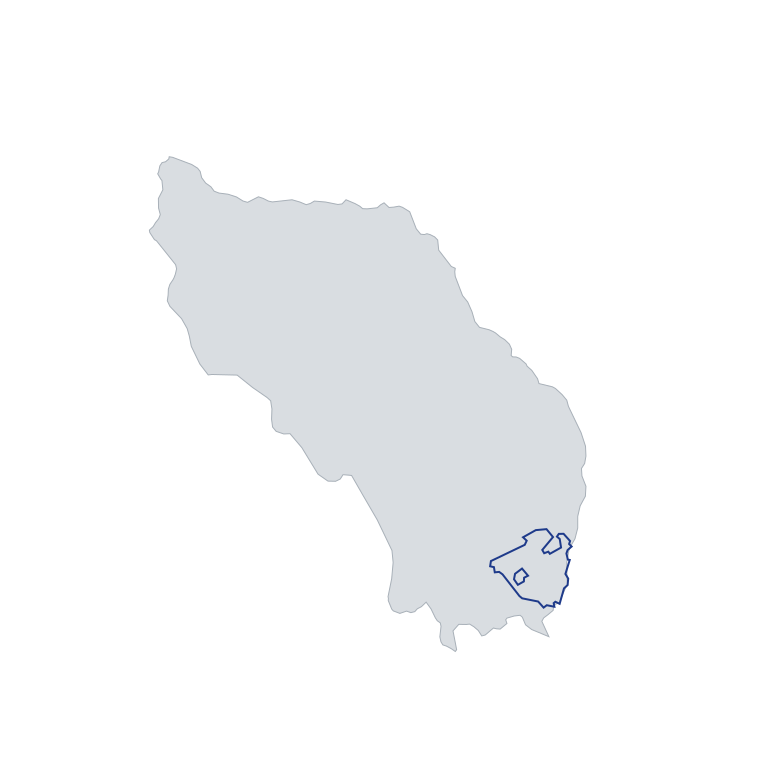 Hungary, with Zala highlighted, rotated 243°
{"feature_id": "HUN-3159", "entity_name": "Zala", "entity_type": "County", "adm_level": 1, "iso_a3": "HUN", "parent_name": "Hungary", "parent_adm1": "", "projection": "robinson", "projection_center": [16.808, 46.674], "detail": "coarse", "context": "in_parent", "style": "outline", "palette": "blue", "viewbox_px": 768, "rotation_deg": 243, "n_neighbors": 0, "source": "natural_earth", "source_scale": "10m", "svg_char_len": 3395}
<svg xmlns="http://www.w3.org/2000/svg" viewBox="0 0 768 768"><g transform="rotate(243 384 384)"><path d="M616.8,245.0L625.2,244.1L625.6,244.2L627.6,244.8L629.1,249.9L629.3,250.2L631.5,253.7L633.5,258.2L636.5,261.6L643.1,263.0L651.7,267.2L657.4,275.1L665.8,278.4L666.4,278.5L668.0,278.1L674.0,277.8L675.2,279.4L680.1,283.3L682.0,286.7L681.2,290.3L682.2,294.4L684.0,295.8L681.9,298.6L666.9,312.3L660.9,315.9L656.9,316.7L650.6,315.2L644.0,316.3L638.3,319.3L632.9,320.2L629.0,323.7L623.9,331.2L617.6,337.5L611.1,341.4L607.8,344.9L607.8,357.1L604.2,360.6L599.4,364.1L596.9,367.2L589.9,385.7L584.4,391.6L579.1,396.1L578.3,400.3L578.6,405.0L572.7,414.5L564.9,424.4L563.5,428.4L565.4,433.8L557.9,440.1L553.5,443.1L549.9,444.6L547.7,448.5L544.1,458.0L545.2,462.3L545.4,466.3L539.0,468.6L537.2,472.9L535.6,478.2L533.0,480.7L525.8,485.1L507.6,483.2L500.8,484.7L498.8,487.9L498.4,490.5L496.2,492.9L492.1,495.9L487.9,497.2L478.4,493.5L458.2,497.3L454.7,500.0L451.9,498.0L447.5,496.3L427.1,494.1L419.1,495.8L408.4,495.2L398.4,493.3L391.1,494.8L384.6,502.3L381.4,504.9L378.9,506.5L373.3,508.9L368.7,511.7L362.5,513.8L356.9,513.5L351.6,510.2L349.7,511.0L348.1,514.0L345.2,516.5L337.4,519.7L335.4,519.6L334.9,519.6L328.9,521.9L319.0,523.2L314.0,522.3L305.0,532.8L302.2,534.7L293.6,537.9L286.6,539.5L280.5,538.2L278.1,538.1L251.2,537.5L237.1,535.3L228.1,531.2L222.1,526.7L219.1,521.6L212.2,518.6L201.2,517.5L192.6,512.5L186.4,503.5L178.1,496.5L167.7,491.2L159.4,483.9L153.3,474.4L142.2,465.8L126.3,458.2L121.6,456.5L120.6,454.1L112.9,444.6L109.6,441.1L109.9,436.5L108.3,433.8L105.5,431.9L104.0,425.2L103.1,420.1L100.9,416.9L84.0,416.2L98.2,404.1L105.2,400.8L113.4,401.4L116.1,400.3L116.8,398.5L118.2,394.6L118.9,390.9L119.6,387.4L118.7,385.4L114.8,384.8L112.9,376.2L114.9,373.0L116.9,370.7L114.4,360.2L115.2,356.7L121.6,356.1L126.9,353.9L131.2,351.3L132.4,348.1L135.9,341.5L132.7,333.4L114.3,328.1L113.3,326.1L117.6,323.8L122.2,320.6L124.8,318.0L128.4,317.7L133.4,319.0L142.2,324.8L145.6,325.7L148.9,324.0L152.4,323.6L162.2,323.8L170.5,322.5L168.6,316.2L168.6,311.7L167.2,308.1L168.1,304.1L171.4,301.0L172.4,294.0L177.6,289.3L180.0,288.7L189.1,289.5L191.2,290.7L192.6,291.0L207.1,302.5L220.8,311.1L232.0,315.5L248.5,315.9L266.0,316.3L295.2,314.7L317.2,313.6L318.6,311.5L321.8,306.3L319.2,301.9L319.3,296.7L322.9,290.0L333.6,284.3L364.6,281.9L382.4,277.7L385.0,272.0L390.8,266.4L396.2,265.2L403.6,267.8L412.6,272.8L420.5,275.4L425.0,273.7L440.6,265.3L458.6,257.2L470.6,235.0L471.9,231.5L485.3,229.0L505.0,229.4L515.1,232.3L522.7,233.8L534.1,233.3L550.4,228.5L556.5,228.7L561.2,232.0L566.5,235.0L570.0,238.5L572.8,243.5L574.2,245.4L576.6,248.0L580.8,251.5L584.9,252.5L615.0,246.3L616.8,245.0Z" fill="#d9dde1" stroke="#a8b0b8" stroke-width="1"/><path d="M127.0,459.8L121.5,456.3L120.2,451.6L108.4,440.7L112.2,437.8L111.7,435.7L108.2,434.7L113.0,428.6L112.3,424.7L120.2,422.6L130.3,409.8L133.6,408.4L160.6,403.2L164.3,401.3L165.9,397.2L170.9,398.8L173.4,395.8L177.7,398.9L176.8,436.4L179.6,440.0L184.3,438.3L184.9,452.9L180.9,462.9L170.9,465.1L164.3,449.7L160.5,449.9L160.0,454.3L157.4,454.7L157.9,467.5L166.1,470.2L169.5,468.8L171.1,471.7L169.0,476.0L159.6,478.5L157.4,476.3L154.0,477.4L152.7,472.2L150.2,469.6L144.1,468.1L142.9,469.6L132.4,459.4L127.0,459.8ZM147.8,425.3L156.9,423.2L155.4,414.6L151.0,411.2L144.3,412.1L144.6,419.0L147.8,420.9L147.8,425.3Z" fill="none" stroke="#1e3a8a" stroke-width="2"/></g></svg>